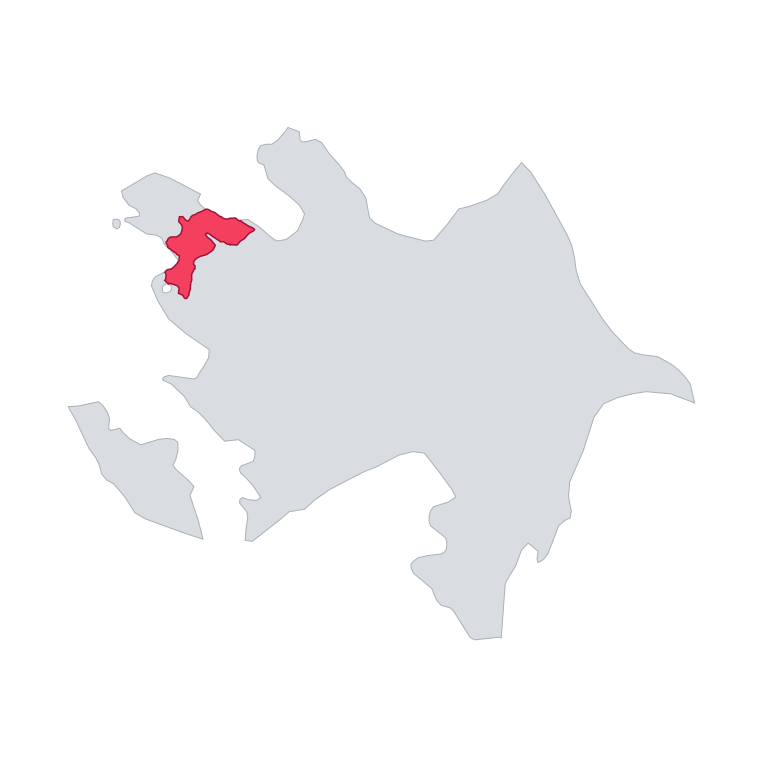 Tovuz District, Tovuz, Azerbaijan (highlighted), rotated 7°
{"feature_id": "54616110B84187356839814", "entity_name": "Tovuz District", "entity_type": "district", "adm_level": 2, "iso_a3": "AZE", "parent_name": "Azerbaijan", "parent_adm1": "Tovuz", "projection": "natural_earth1", "projection_center": [45.767, 40.907], "detail": "fine", "context": "in_parent", "style": "filled", "palette": "rose", "viewbox_px": 768, "rotation_deg": 7, "n_neighbors": 0, "source": "geoboundaries", "source_scale": "gbopen_adm2", "svg_char_len": 5813}
<svg xmlns="http://www.w3.org/2000/svg" viewBox="0 0 768 768"><g transform="rotate(7 384 384)"><path d="M531.3,621.7L528.1,621.5L505.3,626.9L500.4,625.1L480.6,600.7L476.6,598.0L468.1,596.9L463.1,592.9L459.0,586.3L456.7,581.5L436.3,568.2L433.3,563.4L432.8,559.1L435.8,555.3L439.2,552.1L449.0,548.8L460.6,546.0L464.2,543.9L466.1,540.4L465.9,534.8L464.0,529.2L447.4,519.1L445.5,514.8L444.9,509.4L445.8,503.8L448.4,499.5L461.8,493.6L469.0,487.4L464.4,480.6L449.8,464.9L432.4,447.7L420.8,447.6L407.6,452.7L386.4,467.3L374.7,473.6L359.4,484.0L342.8,495.5L329.1,507.8L320.6,517.9L305.5,522.3L297.8,530.8L272.4,556.3L265.2,556.0L264.7,543.4L265.1,533.3L263.4,527.6L255.2,519.7L255.0,516.2L257.3,514.1L263.6,515.4L271.7,515.0L275.6,511.8L266.8,501.4L259.1,494.5L252.5,489.8L251.1,486.9L251.0,484.9L252.4,482.6L263.6,476.8L264.7,471.6L264.0,465.7L246.2,457.0L232.8,460.2L220.9,450.5L213.2,442.9L203.7,434.9L195.1,430.4L187.0,420.3L172.8,409.9L163.6,406.9L163.8,405.3L165.4,403.4L169.2,401.8L194.6,402.2L197.7,400.3L199.2,395.8L202.7,389.2L206.7,379.4L206.4,371.2L181.0,358.0L162.5,345.8L149.8,329.7L141.2,315.0L141.5,310.1L144.0,305.4L163.7,291.9L165.0,288.4L164.6,286.0L157.6,279.1L148.7,272.0L146.0,266.7L140.4,264.1L129.9,263.9L111.4,255.1L107.4,254.3L106.6,252.5L107.5,250.8L120.7,247.2L120.5,244.3L116.5,240.4L109.1,237.6L102.3,230.6L99.9,224.4L123.8,206.0L130.8,202.4L146.4,205.7L178.8,217.9L176.6,224.6L179.9,228.4L187.3,233.6L201.6,238.8L213.6,241.5L219.7,239.2L229.0,237.3L241.1,243.3L252.3,251.0L257.8,254.1L260.8,255.0L269.3,252.5L279.4,242.6L283.3,230.7L284.4,224.9L278.5,217.0L266.3,208.5L252.6,200.9L243.8,194.3L238.2,181.2L232.6,179.7L231.1,178.0L230.2,173.6L230.4,167.3L232.4,162.5L237.9,160.4L243.5,159.7L248.5,155.1L254.8,146.1L257.4,141.1L269.3,144.0L270.9,152.0L273.1,153.7L278.0,152.8L286.2,149.4L292.7,152.0L301.1,161.6L312.7,171.7L319.1,178.5L321.5,183.2L327.5,187.8L336.2,193.1L343.2,201.5L349.4,221.0L355.7,225.5L378.2,233.0L386.0,234.5L408.1,237.1L415.8,235.2L427.0,218.4L437.0,201.1L446.5,197.5L463.6,189.1L473.9,181.2L478.1,172.7L487.6,156.6L493.5,147.6L503.7,155.6L521.5,177.4L547.0,212.8L553.2,222.9L557.4,234.5L561.1,248.6L566.9,261.1L592.8,292.6L604.0,304.2L622.2,319.2L628.6,322.5L637.0,323.5L652.4,323.5L666.7,329.4L673.8,333.6L681.2,339.5L687.8,346.4L694.6,364.9L669.8,358.8L645.0,359.7L631.0,363.7L617.4,369.1L604.4,376.8L596.4,391.6L589.9,426.0L580.3,458.3L580.8,473.2L585.4,487.5L585.0,494.3L580.4,497.2L574.7,503.3L567.3,532.9L563.5,538.8L558.6,542.5L557.2,539.0L557.4,531.2L546.4,524.3L540.7,532.0L536.9,548.3L529.1,565.5L528.7,568.8L531.3,621.7ZM160.7,318.1L161.8,313.5L158.7,311.4L155.4,311.3L152.5,313.6L152.5,319.4L156.5,320.4L160.7,318.1ZM78.8,452.4L75.0,447.6L73.4,445.0L84.4,442.8L102.7,436.4L107.7,439.6L113.0,446.0L115.7,451.6L116.1,461.8L118.3,463.5L127.2,460.1L131.2,464.2L138.0,469.2L149.9,474.1L167.1,466.4L175.6,464.4L182.6,464.6L186.4,467.0L187.7,475.0L186.4,484.9L184.4,490.3L188.0,494.2L202.0,503.7L207.9,509.0L205.0,518.2L215.6,540.6L219.1,549.3L223.2,560.1L201.7,555.9L163.0,546.8L152.4,542.1L142.3,529.7L136.3,523.6L127.5,515.9L120.2,513.0L114.7,507.6L111.6,499.6L107.0,492.5L99.1,484.0L81.1,455.4L78.8,452.4ZM102.2,261.0L99.9,262.6L96.2,261.0L95.1,257.4L95.4,253.7L99.0,252.9L102.0,253.9L102.8,257.3L102.2,261.0Z" fill="#d9dde1" stroke="#a8b0b8" stroke-width="1"/><path d="M222.0,239.4L220.8,239.6L219.6,239.5L218.2,238.5L216.4,237.4L215.0,237.5L213.0,238.0L211.3,238.1L209.2,239.1L207.0,239.6L205.5,239.4L203.4,238.7L202.0,237.6L201.4,238.0L199.5,236.9L198.5,236.5L197.0,235.5L195.8,234.7L193.9,234.1L192.4,233.9L190.9,233.3L189.1,232.4L187.5,232.1L187.1,232.1L186.1,232.2L185.2,232.5L184.0,233.5L182.7,234.5L180.3,235.9L178.3,236.8L176.3,238.7L173.5,239.9L172.2,241.4L171.7,242.5L171.0,244.4L169.9,246.1L168.2,245.9L166.7,245.0L163.8,242.4L160.6,242.9L160.4,245.7L160.5,247.9L162.9,250.0L164.6,252.2L164.8,254.3L164.8,255.6L164.6,256.8L164.1,259.2L163.5,260.3L161.2,262.5L160.0,263.4L157.9,263.6L155.7,263.9L154.2,264.2L153.1,264.9L152.0,266.3L151.4,268.2L150.5,269.4L150.5,270.4L150.5,270.6L151.9,272.3L152.5,272.9L152.5,274.3L153.6,275.3L155.6,276.0L157.1,277.1L158.9,278.3L161.6,279.5L162.3,280.6L164.1,281.1L165.2,281.7L165.3,283.1L165.5,286.3L164.4,288.3L164.1,289.5L163.4,290.3L162.9,291.1L161.9,292.4L161.3,293.5L160.3,294.3L159.3,295.4L158.4,296.0L156.9,296.4L155.0,297.0L154.0,297.9L153.2,299.5L152.9,299.8L153.1,299.9L154.0,301.0L154.5,302.6L154.5,304.5L154.5,305.9L154.2,307.4L153.7,307.8L155.5,309.3L158.0,310.9L158.2,310.3L159.9,310.4L161.5,310.6L162.5,310.7L164.1,311.1L165.4,311.3L166.9,311.8L167.7,312.5L168.8,313.6L169.0,314.8L168.9,317.2L169.0,319.2L170.8,319.5L172.5,320.2L173.6,320.4L174.2,321.4L174.7,322.2L175.5,323.0L176.3,323.4L177.6,323.2L178.4,321.9L178.8,320.8L179.4,320.0L179.5,318.4L179.6,317.2L179.7,315.2L180.2,314.1L180.2,312.7L180.1,311.5L179.8,310.5L180.1,309.3L179.7,307.6L180.1,306.3L180.5,304.7L180.4,303.3L180.2,302.2L179.8,299.5L180.0,297.4L180.6,296.3L181.1,295.0L181.3,293.7L182.5,292.5L182.1,291.9L182.1,289.9L180.3,288.2L180.3,287.3L180.4,285.3L181.7,283.2L183.1,281.8L186.3,279.6L191.0,277.7L193.1,276.4L195.0,274.6L196.7,273.2L198.1,271.6L198.6,270.0L199.1,268.8L199.5,267.6L199.5,266.6L197.8,265.1L196.3,263.6L194.5,261.9L192.4,260.8L190.3,259.4L188.6,257.5L189.6,255.8L191.1,256.1L192.4,256.2L194.3,257.5L196.1,258.6L198.2,259.5L199.8,260.4L201.2,261.0L203.0,261.8L204.1,262.8L207.7,262.3L210.1,263.6L210.9,264.2L212.8,264.3L214.3,264.7L214.2,264.2L216.5,264.2L218.5,264.2L221.1,264.0L222.0,263.0L222.8,261.4L224.1,259.6L227.3,257.1L228.7,255.4L229.6,253.8L231.1,251.8L232.6,250.1L234.2,249.1L236.0,247.7L236.7,246.4L236.6,246.2L235.1,245.3L233.8,244.7L232.0,244.2L230.6,243.8L228.9,243.2L227.6,242.4L225.9,241.7L224.0,240.8L222.0,239.7L222.0,239.4Z" fill="#f43f5e" stroke="#9f1239" stroke-width="1.5"/></g></svg>